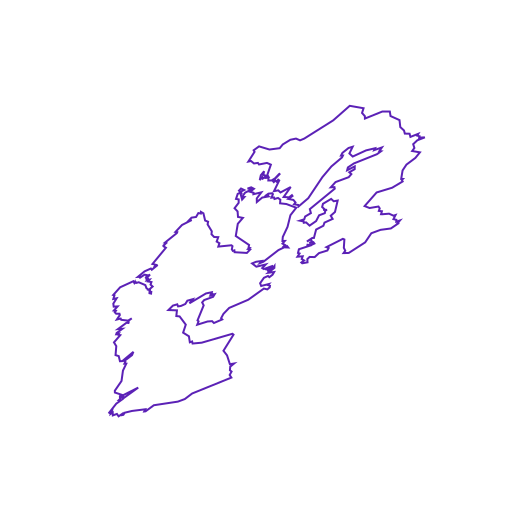 the district of Flakstad nor, Nordland, Norway, rotated 151°
{"feature_id": "86288312B97384996030155", "entity_name": "Flakstad nor", "entity_type": "district", "adm_level": 2, "iso_a3": "NOR", "parent_name": "Norway", "parent_adm1": "Nordland", "projection": "equal_earth", "projection_center": [13.24, 68.069], "detail": "fine", "context": "isolated", "style": "outline", "palette": "violet", "viewbox_px": 512, "rotation_deg": 151, "n_neighbors": 0, "source": "geoboundaries", "source_scale": "gbopen_adm2", "svg_char_len": 6133}
<svg xmlns="http://www.w3.org/2000/svg" viewBox="0 0 512 512"><g transform="rotate(151 256 256)"><path d="M378.5,166.7L336.5,161.6L336.7,164.7L333.4,166.8L334.2,168.7L332.2,171.7L327.3,172.6L331.3,174.0L329.5,183.1L330.4,188.9L313.8,198.1L314.3,199.4L345.5,206.5L353.9,210.2L353.3,212.2L355.7,212.6L353.6,218.3L356.9,224.3L350.7,230.0L352.1,240.2L354.8,242.1L351.5,246.8L358.8,251.2L352.7,252.9L348.3,251.9L348.6,249.7L345.9,248.7L341.1,248.3L337.7,250.2L332.3,248.9L337.1,246.9L317.9,247.5L312.4,245.8L313.8,244.7L311.6,244.5L314.2,243.4L310.7,242.6L313.3,241.1L322.7,242.6L325.6,241.5L325.7,238.2L338.4,228.0L337.9,226.7L340.7,224.4L330.1,222.2L326.0,220.3L325.3,217.8L316.3,216.9L316.7,218.5L312.5,221.2L304.6,223.6L284.0,221.5L264.9,223.7L262.3,221.3L259.2,221.9L258.2,223.2L259.8,224.9L258.5,225.3L266.0,227.3L265.6,230.2L259.6,233.1L255.2,232.7L254.6,231.0L250.6,231.6L247.9,233.2L253.4,235.4L245.7,236.7L244.8,238.2L247.5,236.9L253.6,237.5L250.7,237.8L254.5,240.0L248.9,238.2L245.8,239.2L255.5,240.8L256.4,242.4L251.6,243.9L260.9,246.5L263.0,251.4L258.7,250.9L253.5,248.9L255.9,247.9L252.3,247.4L233.5,250.3L227.1,249.9L223.7,247.8L224.0,249.7L228.6,250.5L225.3,251.6L226.8,254.0L223.5,255.2L225.6,256.3L223.3,259.7L214.3,266.2L206.1,275.0L197.4,278.7L204.2,286.7L209.4,290.4L207.4,293.5L208.6,296.1L212.2,296.9L211.9,298.5L214.2,299.5L211.2,301.9L211.6,303.1L214.9,304.5L219.2,304.0L215.2,302.4L217.3,302.9L216.7,302.2L222.2,304.1L229.1,302.8L227.4,306.0L220.5,309.1L228.3,311.3L227.5,312.5L230.0,315.0L225.2,315.8L226.9,318.4L230.7,319.1L226.8,316.3L234.8,316.7L237.8,315.3L238.8,313.9L237.6,313.2L240.8,312.1L239.4,317.7L237.5,317.6L238.8,318.1L237.9,319.7L234.4,319.5L236.4,322.3L239.2,321.4L238.6,319.0L241.9,319.2L245.8,315.6L243.7,313.9L245.4,310.9L251.6,308.2L250.5,303.9L252.8,298.9L249.0,295.7L256.3,293.0L264.0,283.3L256.7,269.0L258.4,267.0L257.6,266.2L259.5,265.9L258.0,264.5L262.5,263.1L272.9,269.7L272.2,271.4L273.8,271.7L273.9,273.6L271.8,276.0L272.3,277.3L284.4,282.5L281.8,284.9L283.4,287.7L279.9,290.8L283.4,292.9L284.4,296.6L282.7,299.0L283.0,307.1L281.3,309.2L283.3,311.7L281.3,318.8L282.8,321.3L283.7,319.9L285.6,321.5L289.5,319.2L293.8,320.8L297.7,319.6L294.8,318.6L305.7,319.0L314.8,316.1L313.4,315.0L314.2,314.4L329.4,311.8L328.4,310.8L332.7,309.8L331.0,309.9L332.1,309.2L330.8,306.9L350.4,299.2L347.8,296.8L348.7,296.4L346.4,295.8L353.8,294.5L354.0,296.0L360.9,296.6L369.5,295.0L367.2,293.9L368.8,293.2L362.5,293.7L360.5,292.0L361.4,291.4L357.7,291.1L362.9,289.6L363.1,288.5L360.7,289.0L363.3,287.6L360.6,286.9L362.7,286.0L360.1,283.9L362.1,282.1L361.2,279.4L366.1,278.4L365.2,277.7L366.3,276.2L365.0,275.4L366.0,274.0L367.2,275.1L365.8,277.5L367.4,280.9L366.9,284.2L371.3,289.9L374.2,290.6L372.7,290.8L374.4,291.0L374.2,292.2L375.5,291.4L375.5,293.4L390.0,294.5L399.8,291.1L398.9,290.2L401.6,287.6L398.4,286.6L403.9,283.5L405.0,280.7L401.5,279.0L406.8,277.2L405.2,276.0L406.8,275.2L406.3,273.3L403.4,271.7L403.7,270.4L408.5,267.9L404.7,266.9L404.8,265.5L399.2,261.5L394.9,261.7L400.2,261.0L398.5,261.0L400.1,260.1L399.4,258.8L401.6,260.4L412.2,259.0L408.1,257.1L415.2,256.2L416.1,255.4L413.8,254.7L414.9,254.2L413.1,252.6L422.1,249.3L421.9,244.9L426.9,237.4L424.6,235.0L426.0,229.9L423.9,228.9L409.7,231.6L412.5,229.4L422.3,228.0L421.6,226.7L423.3,225.6L421.7,224.7L427.9,220.3L434.2,211.9L444.8,206.6L445.6,205.0L440.8,199.8L443.0,199.4L443.3,198.8L422.8,198.0L441.4,195.8L440.4,197.3L441.9,197.5L445.7,196.5L443.8,195.3L449.8,194.6L461.2,189.8L457.3,190.3L459.4,188.4L457.2,188.6L458.5,186.0L454.2,185.3L453.9,182.4L449.5,182.8L450.3,181.8L449.0,181.4L446.8,182.6L439.6,180.6L427.1,175.6L429.1,174.2L427.9,173.7L417.7,175.0L394.9,166.5L387.6,165.4L378.5,166.7ZM200.2,350.4L206.8,349.6L206.8,347.8L216.9,342.3L214.3,341.5L212.9,337.9L209.2,336.5L209.0,334.6L201.3,332.1L198.7,328.7L206.7,321.5L206.7,319.7L210.3,323.4L207.8,326.2L212.6,324.3L215.9,320.6L212.2,321.9L212.5,320.4L208.9,320.8L209.7,319.6L207.1,318.4L208.6,316.1L205.8,314.5L201.7,314.7L196.0,316.5L194.9,316.4L204.9,313.4L204.6,312.0L202.5,312.8L202.0,311.1L199.6,312.0L199.1,310.8L208.8,304.0L204.7,302.6L203.8,299.7L192.2,299.5L203.2,294.2L198.7,291.3L195.1,291.8L195.0,290.8L200.0,290.2L196.1,286.9L195.5,283.7L197.6,282.8L194.4,280.2L194.8,278.7L182.3,281.2L159.7,292.8L146.6,297.8L133.0,300.5L131.3,301.7L133.0,302.6L130.4,304.3L122.7,305.6L118.5,304.7L124.6,300.4L123.2,296.1L108.5,295.0L99.6,292.5L101.3,291.3L93.3,289.9L97.1,288.0L95.8,287.0L100.9,286.4L125.5,289.5L132.7,288.9L134.7,286.8L126.2,286.5L127.6,284.1L133.8,284.0L132.9,281.4L136.7,280.0L150.6,282.1L157.3,279.8L154.0,278.2L154.5,276.7L186.2,270.9L187.2,266.9L193.9,266.7L196.0,264.7L200.5,265.6L197.6,263.1L198.1,261.9L195.9,261.1L194.4,256.6L186.5,257.4L181.1,261.0L175.1,260.1L173.3,262.2L171.5,261.9L174.9,263.8L173.3,263.5L174.4,266.8L172.1,269.2L162.6,269.5L161.5,266.2L157.7,264.9L165.6,256.2L171.1,255.0L171.0,251.3L179.9,252.0L182.4,249.8L190.6,250.0L196.6,243.7L198.0,244.5L204.5,244.0L199.9,243.9L200.0,241.7L203.2,241.3L199.1,240.3L198.9,238.6L202.7,238.9L206.2,241.4L204.3,239.0L215.2,241.1L217.8,238.3L216.7,237.1L220.1,235.3L215.3,233.1L217.5,231.2L216.1,228.8L219.5,228.3L219.1,227.2L214.0,225.5L212.6,228.4L209.6,229.2L205.2,226.6L199.5,228.0L190.9,226.2L188.6,227.7L190.1,229.6L171.7,228.9L170.7,227.6L175.2,220.6L175.4,217.3L178.0,216.1L173.4,213.7L153.9,215.0L144.1,220.0L134.4,218.5L124.7,214.7L114.8,215.6L116.3,216.0L112.9,217.3L116.7,218.0L115.7,219.6L117.9,221.6L114.1,224.2L116.2,224.6L119.1,228.5L126.2,231.7L124.8,231.4L126.3,232.0L124.2,234.1L126.7,235.9L124.7,237.7L124.9,239.9L133.4,242.9L136.8,247.0L119.7,253.1L103.8,249.7L91.6,250.1L91.6,251.8L90.2,252.2L91.6,253.1L86.3,259.8L80.1,263.0L69.1,264.5L62.4,267.2L68.5,272.1L65.1,273.7L64.3,277.6L58.8,279.0L50.8,277.9L55.9,280.4L54.9,281.4L56.6,283.1L54.8,284.2L63.2,285.3L62.4,288.5L66.5,290.9L65.7,294.0L67.3,298.8L64.6,305.3L70.5,313.2L68.9,317.5L75.4,321.1L94.1,323.4L93.0,325.5L93.9,329.7L90.3,333.1L101.2,341.9L122.7,337.2L156.9,335.3L161.4,335.8L164.1,339.3L169.6,341.0L178.5,340.6L183.0,338.8L192.6,342.6L200.2,350.4Z" fill="none" stroke="#5b21b6" stroke-width="2"/></g></svg>